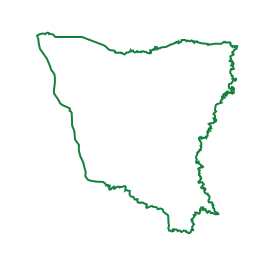 Phu Pha Man, Khon Kaen, Thailand, rotated 277°
{"feature_id": "78962969B79810553491951", "entity_name": "Phu Pha Man", "entity_type": "district", "adm_level": 2, "iso_a3": "THA", "parent_name": "Thailand", "parent_adm1": "Khon Kaen", "projection": "albers", "projection_center": [101.845, 16.731], "detail": "fine", "context": "isolated", "style": "outline", "palette": "green", "viewbox_px": 256, "rotation_deg": 277, "n_neighbors": 0, "source": "geoboundaries", "source_scale": "gbopen_adm2", "svg_char_len": 5918}
<svg xmlns="http://www.w3.org/2000/svg" viewBox="0 0 256 256"><g transform="rotate(277 128 128)"><path d="M208.6,26.5L205.5,28.1L201.4,29.0L195.8,31.0L187.0,39.0L179.1,43.5L176.4,44.5L174.4,46.7L172.3,48.4L169.1,49.3L163.7,49.9L155.4,49.9L153.0,50.6L147.6,55.4L144.1,57.8L142.7,60.4L140.4,67.7L139.7,68.1L138.0,67.9L137.2,69.5L136.0,70.3L123.5,72.3L118.4,75.1L110.0,76.9L105.3,81.3L100.6,81.8L97.6,82.7L94.0,84.2L88.8,87.5L78.8,91.5L75.1,91.4L71.9,94.3L71.2,96.6L70.9,102.9L71.4,109.8L70.1,112.2L68.3,113.1L69.0,114.9L68.7,115.9L67.9,115.3L67.5,115.5L68.1,116.9L65.2,116.7L64.6,117.3L64.9,118.3L66.7,119.5L68.2,121.5L67.8,121.8L66.2,121.5L66.1,121.9L68.4,124.6L68.7,126.0L67.9,127.0L68.7,127.7L68.8,129.5L69.9,131.2L69.8,132.2L69.3,132.9L65.7,132.9L66.5,133.7L65.8,135.1L65.8,137.4L61.9,137.7L60.3,139.6L60.1,141.8L57.9,143.4L58.1,144.9L58.5,145.4L58.4,146.2L57.1,145.9L55.3,146.8L55.5,148.2L55.1,149.0L55.7,150.3L55.4,150.9L55.8,152.0L54.8,153.9L54.6,155.8L53.7,156.2L52.1,155.6L51.0,156.3L53.6,161.3L52.9,162.4L52.7,166.2L51.0,167.6L52.1,169.9L51.4,172.4L49.4,173.2L47.8,175.5L46.8,177.7L45.7,178.6L38.0,179.9L36.0,180.7L34.1,180.2L32.7,180.5L31.7,181.4L31.2,181.4L31.2,182.8L30.6,183.8L30.9,184.4L32.1,184.7L31.3,185.4L31.3,185.8L32.2,185.9L32.9,185.4L33.1,185.8L33.1,188.6L31.7,190.0L32.4,190.7L32.5,192.2L31.2,193.6L33.0,196.0L32.8,198.2L31.9,198.4L31.7,199.9L31.0,200.7L31.1,201.6L31.6,201.7L32.1,202.9L34.4,203.4L34.5,205.1L35.3,204.9L35.8,203.9L38.2,203.8L40.5,205.3L42.3,203.3L42.9,203.0L43.5,203.4L43.9,202.5L44.8,202.1L45.2,202.3L45.2,202.9L47.4,204.2L48.5,204.4L49.6,203.9L49.7,204.7L49.4,205.3L50.2,205.7L52.3,205.0L52.3,207.1L51.5,208.4L51.7,209.3L54.0,209.9L54.7,209.4L55.2,209.8L56.2,209.5L57.1,210.4L58.0,210.3L58.2,211.7L57.4,211.1L57.6,211.7L57.2,212.1L55.9,212.0L55.6,212.5L56.8,213.8L56.3,214.2L56.7,214.9L54.3,216.1L54.3,216.5L54.8,216.4L53.6,217.2L54.0,217.7L55.1,217.8L55.5,218.5L54.9,219.7L53.7,220.4L54.0,222.0L53.0,225.1L53.5,228.1L54.5,227.6L54.6,227.0L54.0,226.3L55.1,225.9L55.7,224.2L58.6,223.3L59.3,221.9L61.5,222.3L62.1,221.9L62.0,221.1L64.0,220.9L64.5,219.7L64.0,217.7L64.8,216.9L66.2,216.7L67.3,217.4L69.8,217.3L71.0,216.4L71.2,215.5L72.5,215.0L72.4,213.6L73.1,212.1L75.2,211.3L76.0,211.6L76.2,212.3L77.4,212.1L77.5,211.4L77.0,210.7L77.8,210.4L77.9,209.8L77.1,208.7L77.8,207.8L80.3,209.3L80.8,210.1L81.5,210.1L83.3,208.1L82.2,205.1L82.6,204.5L83.5,204.6L83.8,205.6L85.7,206.0L86.2,206.8L88.1,206.4L88.1,205.6L89.3,205.3L90.1,204.1L90.8,204.1L91.8,204.7L92.6,203.8L94.7,204.4L95.2,203.0L96.2,202.7L97.2,203.9L97.9,206.6L98.6,207.2L99.1,206.7L98.4,205.2L100.0,205.2L101.3,202.8L103.2,202.2L102.7,201.3L101.5,200.7L101.6,200.2L102.9,199.7L104.9,200.2L106.1,199.4L108.0,199.1L110.6,200.1L111.9,199.8L112.2,200.4L113.0,200.5L113.4,201.6L115.0,201.7L114.9,202.7L115.2,203.0L116.7,202.7L118.0,203.2L119.3,202.1L120.3,202.9L121.9,202.6L124.0,201.1L124.4,200.4L125.9,200.5L126.1,199.7L126.9,199.7L127.4,200.2L127.3,201.1L127.9,201.5L126.5,202.6L127.6,203.4L127.2,204.2L127.7,205.5L128.8,206.3L127.8,207.0L129.3,207.4L130.1,208.0L132.3,207.6L133.4,208.2L133.8,207.8L133.0,207.5L133.8,207.1L134.8,207.6L135.2,209.4L135.9,208.4L137.2,208.2L138.0,209.2L137.3,210.0L137.6,210.7L138.4,210.1L139.7,210.2L141.9,207.7L142.9,209.7L143.2,212.1L144.7,212.7L144.8,214.1L146.4,214.7L147.1,214.4L147.1,213.4L146.5,213.2L146.8,212.5L148.1,211.8L148.3,212.3L147.7,213.2L150.9,212.8L152.4,211.1L155.2,213.4L156.1,212.3L156.9,212.1L161.3,212.3L162.6,213.6L164.6,217.9L165.8,216.7L166.8,216.9L167.9,218.1L170.1,217.5L169.8,218.4L169.2,218.8L169.9,220.4L170.3,220.3L170.6,218.6L172.5,218.4L173.4,219.1L173.8,220.3L173.5,220.6L172.5,220.6L172.2,221.8L173.2,221.9L174.6,222.8L174.7,220.6L176.3,222.1L176.4,222.7L175.9,223.2L175.2,224.9L175.8,226.1L174.8,227.3L175.9,228.8L176.8,228.4L176.1,227.4L177.1,226.0L177.7,225.9L178.7,226.6L179.0,228.4L180.2,228.3L181.4,226.8L181.4,226.1L180.2,225.8L179.8,225.3L179.5,223.9L180.2,223.3L183.0,222.8L183.9,223.0L184.7,225.1L188.2,226.7L188.1,228.9L189.4,229.5L190.1,229.1L189.2,226.9L189.6,225.5L190.7,226.0L192.1,225.6L192.3,224.5L193.3,224.4L194.9,222.9L196.7,222.6L199.1,223.1L199.3,223.6L198.8,224.2L199.6,225.8L201.5,224.9L202.7,222.8L203.3,223.5L204.3,223.4L204.2,223.8L203.3,223.9L203.2,224.4L203.6,224.8L204.7,224.9L207.1,223.3L206.5,221.3L206.8,220.8L209.0,222.0L210.9,220.9L211.7,220.9L213.7,223.8L214.4,223.6L215.3,222.3L216.1,222.3L217.0,223.6L218.6,224.0L219.8,226.0L222.5,226.4L222.6,224.6L221.5,224.2L221.2,223.7L222.3,222.2L222.1,221.5L221.6,221.4L222.5,220.6L222.5,219.9L224.1,219.2L224.7,219.5L225.4,218.7L224.8,215.2L224.8,214.0L225.3,213.9L225.2,212.7L222.9,210.2L222.3,204.1L220.4,197.8L220.9,198.0L221.2,197.3L221.0,190.1L221.6,187.2L222.2,186.2L221.6,186.1L222.1,183.2L220.8,183.2L222.7,180.5L221.6,178.9L222.1,176.8L221.2,175.7L222.3,174.1L221.9,170.6L220.0,170.3L219.3,169.3L219.3,168.5L218.3,167.8L218.4,167.4L219.1,167.7L220.0,167.5L218.9,166.7L219.3,166.1L219.1,165.1L218.0,164.4L217.7,163.2L216.9,162.7L216.0,159.9L215.2,159.4L215.0,158.6L213.2,156.1L211.9,150.9L211.0,150.0L210.9,148.9L210.3,148.3L210.4,147.6L209.4,147.0L209.4,146.4L210.9,145.8L211.7,146.4L211.8,145.2L210.5,145.2L210.5,144.7L209.8,144.2L208.8,144.3L208.5,143.3L208.7,142.8L207.6,141.8L207.7,140.7L206.3,141.3L206.3,140.7L205.7,140.5L205.4,140.8L205.5,141.4L204.9,141.3L204.7,138.3L205.7,136.7L205.6,134.9L206.0,134.3L205.5,132.0L204.8,131.8L205.1,129.9L204.5,128.6L205.4,127.7L204.5,127.0L203.8,125.3L204.8,123.7L205.5,123.4L205.0,122.7L204.9,121.8L205.5,121.3L204.1,121.1L204.2,120.6L202.8,118.8L202.8,117.2L200.8,116.0L200.7,114.8L201.9,112.8L201.4,112.1L202.0,110.9L201.4,109.4L201.5,107.4L201.1,106.6L201.9,105.6L202.8,105.7L203.2,104.6L203.0,101.8L203.5,99.4L206.4,95.6L207.2,93.7L212.7,71.3L209.5,44.8L211.6,42.3L212.0,38.5L211.8,38.2L212.5,38.1L212.9,36.8L212.0,35.2L211.0,34.5L211.5,32.1L210.1,28.5L208.6,26.5Z" fill="none" stroke="#15803d" stroke-width="2"/></g></svg>